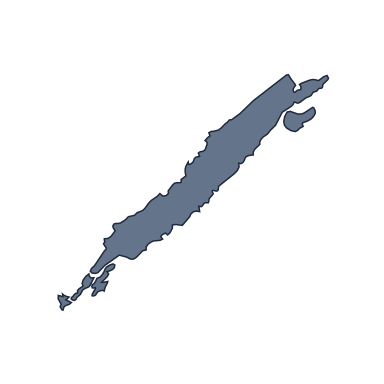 map outline of Isabel (orthographic projection), rotated 285°
{"feature_id": "SLB-1264", "entity_name": "Isabel", "entity_type": "Province", "adm_level": 1, "iso_a3": "SLB", "parent_name": "Solomon Islands", "parent_adm1": "", "projection": "orthographic", "projection_center": [158.985, -7.976], "detail": "fine", "context": "isolated", "style": "filled", "palette": "slate", "viewbox_px": 384, "rotation_deg": 285, "n_neighbors": 0, "source": "natural_earth", "source_scale": "10m", "svg_char_len": 3985}
<svg xmlns="http://www.w3.org/2000/svg" viewBox="0 0 384 384"><g transform="rotate(285 192 192)"><path d="M332.4,285.4L337.5,289.4L339.5,292.3L337.2,294.4L335.7,294.1L330.2,290.8L329.3,290.6L327.3,290.9L326.5,290.8L325.6,289.9L325.2,288.7L324.7,287.6L321.7,286.4L319.7,283.2L316.1,282.1L314.9,280.9L312.5,277.7L307.1,273.5L305.4,271.7L305.1,269.9L305.4,268.4L305.0,267.3L302.4,266.9L300.4,265.7L292.4,258.5L278.0,255.4L271.8,251.7L267.5,249.9L263.7,246.6L260.9,245.1L257.9,244.4L255.6,245.2L249.8,241.7L246.6,240.8L243.7,241.6L242.0,237.6L240.4,235.4L238.4,234.5L236.0,234.3L233.7,233.5L232.1,232.1L231.9,229.7L228.2,231.0L224.4,230.2L220.9,228.3L204.8,216.5L203.7,216.3L201.0,216.7L199.9,216.5L199.2,215.4L199.1,213.8L199.1,212.4L198.9,211.6L197.5,211.4L196.8,212.0L196.2,212.8L195.2,212.9L190.5,210.5L189.4,210.3L186.9,210.7L185.8,210.5L185.7,210.0L185.0,207.6L184.6,206.9L182.6,206.0L181.2,205.6L180.2,204.6L179.9,202.1L178.7,202.9L175.0,204.5L174.7,201.1L173.2,198.4L170.7,196.7L167.4,196.1L157.3,191.3L156.4,184.7L155.0,181.6L152.0,182.4L146.7,181.2L144.2,179.5L145.5,177.0L143.6,174.9L141.9,173.5L140.7,173.5L138.9,175.8L137.0,173.6L134.7,167.4L132.7,165.1L130.1,163.0L127.1,162.0L124.1,162.7L122.5,159.6L114.9,155.4L112.2,153.1L111.4,150.7L111.4,148.9L111.9,147.2L112.2,145.4L112.2,138.1L98.6,126.8L89.7,122.0L88.2,119.3L87.9,116.3L89.1,114.3L92.1,114.7L95.6,116.9L112.6,122.7L114.1,123.7L115.8,123.7L117.3,121.7L119.1,119.9L121.6,120.8L122.3,120.1L122.8,119.8L123.3,119.6L124.1,119.4L125.4,122.8L127.9,125.1L134.7,127.9L135.3,126.9L136.5,125.7L137.8,124.7L138.9,124.3L141.0,125.0L142.0,126.8L142.5,128.9L143.6,130.9L147.0,134.1L149.1,135.6L150.8,136.3L151.9,137.4L154.6,142.5L157.8,144.3L160.4,147.9L161.9,149.5L164.1,150.8L170.3,153.1L173.4,154.9L178.6,159.4L182.2,161.4L180.5,164.9L181.8,168.0L184.5,169.6L186.9,168.7L193.9,171.5L195.9,172.8L197.1,175.1L197.7,177.6L198.8,179.1L201.2,178.2L205.9,181.9L209.9,180.1L213.1,179.4L216.2,179.6L220.0,180.6L217.8,181.6L218.4,183.2L220.2,184.7L221.8,185.4L224.8,185.6L226.4,186.5L227.4,188.0L228.3,190.1L231.2,188.0L233.0,189.5L234.3,192.3L236.1,193.7L241.7,194.2L244.1,193.6L245.0,191.3L248.2,192.8L249.5,193.7L250.9,194.9L253.6,192.9L255.4,194.9L256.9,198.5L258.7,201.5L261.5,203.7L266.4,206.4L268.6,208.2L269.1,208.4L271.1,209.3L271.5,209.8L271.9,211.2L272.2,211.7L280.2,218.1L296.2,227.7L329.5,253.0L330.3,254.7L326.6,258.6L322.9,263.5L321.6,264.5L320.1,263.7L318.2,263.2L316.2,263.4L314.8,264.5L314.9,265.5L317.6,267.5L319.0,270.4L320.7,270.4L322.3,269.6L323.7,268.0L325.3,269.5L330.5,276.7L331.9,279.4L332.3,281.9L332.4,285.4ZM302.9,284.8L305.0,286.6L304.8,287.8L302.9,289.5L301.4,290.4L299.8,290.6L298.0,290.3L295.9,289.5L293.9,288.5L292.5,287.3L290.0,284.7L287.9,281.4L286.4,280.8L284.1,282.4L281.6,279.7L279.0,278.2L277.1,276.2L276.9,271.6L278.2,267.0L280.5,264.0L283.9,262.4L288.8,262.0L293.9,263.2L295.3,266.0L294.7,274.1L295.8,277.9L297.8,280.3L302.9,284.8ZM95.1,128.0L97.6,129.0L100.3,131.6L102.1,134.4L101.6,136.3L98.8,136.6L96.3,135.1L94.3,132.7L93.2,130.4L91.3,132.7L88.0,131.9L81.4,128.0L81.7,129.6L83.8,133.8L82.1,133.8L77.8,132.8L73.6,132.8L73.9,131.7L73.1,129.2L71.1,126.7L67.7,125.6L67.0,125.1L66.2,123.9L65.8,122.6L66.5,122.1L68.2,122.2L70.9,123.0L71.9,123.1L72.2,123.5L73.7,123.8L74.6,123.3L73.6,121.5L73.6,120.4L74.8,119.7L76.5,119.7L77.8,120.8L79.8,121.8L84.1,122.6L86.1,125.3L89.0,126.7L92.4,127.7L95.1,128.0ZM74.1,117.2L72.7,115.7L71.2,113.7L69.3,111.9L64.2,110.7L60.5,108.2L58.2,107.7L56.9,106.7L56.7,104.7L57.4,103.0L58.8,102.9L60.4,104.0L62.2,104.7L63.8,105.7L64.8,107.7L67.0,106.9L69.1,107.8L73.0,111.2L75.2,109.5L78.9,109.7L83.0,111.3L86.2,113.6L84.5,114.4L83.3,115.7L83.0,117.3L83.8,119.4L76.1,117.9L74.1,117.2ZM59.9,93.4L59.2,94.9L58.8,96.7L58.6,98.5L58.7,100.4L56.1,98.9L55.2,98.0L54.0,104.1L51.6,102.4L50.1,100.0L48.1,98.1L44.5,98.0L44.5,96.9L46.9,94.4L48.1,94.4L49.7,94.7L54.2,90.4L57.5,89.6L57.5,94.4L58.2,94.1L59.3,93.7L59.9,93.4Z" fill="#64748b" stroke="#1e293b" stroke-width="1.5"/></g></svg>